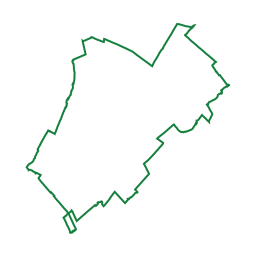 Mihalaseni, Botosani, Romania (Equal Earth projection), rotated 85°
{"feature_id": "2599482B30882633925542", "entity_name": "Mihalaseni", "entity_type": "district", "adm_level": 2, "iso_a3": "ROU", "parent_name": "Romania", "parent_adm1": "Botosani", "projection": "equal_earth", "projection_center": [27.092, 47.89], "detail": "fine", "context": "isolated", "style": "outline", "palette": "green", "viewbox_px": 256, "rotation_deg": 85, "n_neighbors": 0, "source": "geoboundaries", "source_scale": "gbopen_adm2", "svg_char_len": 5631}
<svg xmlns="http://www.w3.org/2000/svg" viewBox="0 0 256 256"><g transform="rotate(85 128 128)"><path d="M227.0,194.9L227.2,194.3L227.4,194.1L227.3,193.8L227.4,193.4L227.2,193.0L227.2,192.8L226.7,192.5L226.7,192.4L226.3,192.5L226.1,192.3L226.0,192.0L225.8,191.8L226.1,191.4L225.5,190.8L225.5,190.7L225.7,190.8L225.8,190.4L225.1,190.1L225.2,189.8L225.2,189.6L225.0,189.4L224.8,189.0L224.4,188.6L220.4,190.2L207.9,194.7L207.2,193.7L206.5,192.5L206.1,192.1L205.2,191.5L206.0,190.8L216.2,187.2L207.2,175.0L202.8,168.7L201.9,167.5L202.8,166.8L201.0,164.6L200.7,164.5L199.9,164.9L199.7,164.8L199.3,164.2L199.3,163.9L199.5,162.7L199.5,162.3L198.9,161.4L198.8,161.1L198.8,160.7L199.2,160.3L200.2,160.1L200.7,160.2L201.5,160.5L202.7,159.9L203.8,159.1L203.5,158.7L199.9,155.1L197.3,152.7L195.8,151.6L192.6,148.8L190.4,146.8L202.5,137.5L201.3,136.2L200.5,135.3L199.6,134.4L199.2,134.3L198.5,134.4L198.4,134.0L198.7,133.6L198.9,133.5L198.9,133.2L197.3,131.7L197.2,131.2L197.3,131.0L197.2,130.6L195.4,128.5L194.7,127.7L193.5,126.6L193.3,125.4L193.2,124.9L193.2,124.6L193.0,124.2L192.7,124.2L192.4,124.3L189.9,126.3L175.5,111.0L166.7,114.5L165.1,115.3L163.4,113.1L162.6,111.8L161.5,110.4L160.0,108.7L156.0,104.2L153.6,101.8L152.1,100.1L150.8,98.8L146.7,94.5L145.9,94.3L141.1,99.9L140.1,98.7L137.5,94.8L136.0,92.4L128.7,82.5L128.5,82.0L128.6,81.7L129.9,81.2L131.1,80.3L132.4,79.2L133.2,78.9L133.8,78.5L134.9,77.7L136.0,76.3L136.7,75.6L136.8,75.2L136.7,74.2L137.1,73.1L136.7,72.5L136.6,72.2L136.7,71.9L136.9,71.3L136.9,71.0L136.4,70.1L136.5,69.8L136.5,69.6L136.5,69.2L136.2,68.8L136.0,67.4L135.8,67.0L135.4,66.4L135.4,65.6L134.7,64.2L134.1,63.5L133.1,62.8L131.1,61.2L130.6,60.8L129.2,60.0L129.8,59.5L129.2,59.2L128.3,58.9L126.6,59.0L126.6,58.5L126.2,57.4L126.1,57.2L121.5,53.2L124.0,51.1L124.5,50.7L124.8,50.3L125.0,49.9L125.9,49.5L129.0,46.8L128.4,46.8L127.6,46.5L124.2,44.3L121.8,42.8L121.6,42.8L120.0,43.3L118.4,44.1L116.0,45.2L115.1,45.4L114.7,45.7L113.9,46.0L112.9,46.7L111.5,47.4L110.8,46.2L111.0,46.0L110.1,45.6L109.5,45.2L109.2,44.8L109.0,44.4L108.9,43.5L108.1,41.9L107.8,41.3L107.4,39.7L107.2,39.3L106.5,38.3L106.2,37.6L105.7,37.0L104.7,36.2L103.9,35.8L103.1,35.7L102.9,35.6L102.5,35.1L101.8,33.4L101.3,32.7L101.9,32.2L102.0,32.0L102.0,31.8L101.9,31.7L101.1,31.4L100.0,31.3L99.5,31.2L99.2,31.6L98.6,31.9L97.2,29.7L96.8,29.3L96.3,28.7L95.9,27.6L95.7,27.4L95.4,26.9L95.4,26.5L95.5,25.7L95.1,25.1L94.9,24.6L94.5,23.9L94.4,23.7L94.1,23.6L93.6,24.2L93.5,24.6L93.5,24.8L93.9,25.2L93.9,25.4L88.7,28.5L83.3,31.9L83.5,32.7L81.1,34.1L80.1,34.6L79.8,34.8L80.0,35.0L79.3,35.6L78.9,35.8L78.4,35.9L77.2,36.4L76.6,36.8L73.5,38.5L73.1,38.6L72.5,38.2L71.9,37.3L71.5,36.7L70.4,36.1L70.3,35.9L70.3,35.2L70.2,35.0L69.9,34.6L68.2,36.4L67.2,37.2L63.6,40.8L62.9,41.4L60.2,44.3L59.8,44.6L57.3,46.9L53.1,51.2L51.6,52.5L48.5,55.6L47.1,57.1L43.6,60.1L40.5,63.1L40.1,62.8L39.6,61.9L38.9,61.0L36.9,59.3L36.1,58.5L34.6,56.8L34.3,56.0L32.9,54.4L32.3,53.7L31.6,53.1L31.7,53.7L32.5,55.0L33.4,55.5L33.6,55.8L33.7,56.1L33.5,56.4L33.2,56.6L32.8,56.8L32.6,57.4L32.6,58.0L32.1,59.4L31.6,61.6L30.6,64.0L30.3,64.9L29.3,67.3L28.6,69.9L34.5,74.2L39.2,77.4L39.2,77.5L40.0,78.1L46.4,82.8L48.0,83.9L48.7,84.5L50.8,85.9L52.1,86.5L52.4,86.8L52.8,87.7L53.6,88.2L54.5,89.0L54.9,89.2L55.4,89.8L57.7,91.2L60.7,93.3L64.0,95.8L65.7,96.9L68.5,98.5L67.2,100.1L65.7,101.7L60.7,107.5L57.9,110.6L56.7,112.1L54.3,114.6L51.9,117.4L50.6,119.7L48.0,124.0L46.6,126.6L46.1,127.4L45.2,129.0L44.2,130.6L41.3,136.3L39.8,138.9L39.1,140.4L37.9,142.4L37.2,144.0L40.2,144.6L39.6,146.2L38.6,148.1L37.3,150.9L36.4,152.6L35.3,154.4L34.7,155.4L34.3,156.6L34.9,156.8L35.3,158.0L36.2,160.8L37.7,165.1L37.2,165.6L37.9,165.6L51.0,163.8L55.2,176.7L56.1,176.7L56.2,177.3L56.3,177.5L57.1,177.6L58.0,177.4L59.1,177.0L59.4,176.6L66.3,176.7L67.9,176.3L70.6,176.7L72.8,176.9L75.5,177.3L76.1,177.5L77.1,177.8L77.4,178.0L79.4,178.4L79.5,179.0L79.3,179.2L79.9,179.5L81.3,179.3L81.8,179.2L83.5,179.5L84.5,180.0L84.9,180.3L85.8,180.8L86.1,181.2L86.6,181.4L87.6,181.5L88.5,181.9L90.1,182.2L90.5,182.8L90.9,183.2L91.4,183.4L92.8,184.4L94.0,184.9L93.5,185.5L94.2,185.8L95.0,186.6L95.4,186.7L96.0,186.7L97.1,187.2L98.1,187.0L98.3,186.7L99.4,187.2L99.9,187.0L100.4,187.1L100.7,187.3L100.8,187.5L101.7,187.9L102.4,188.4L102.2,188.6L107.3,191.3L113.2,194.1L114.7,195.0L114.8,195.2L116.8,196.1L117.7,196.6L118.2,196.8L118.8,197.2L119.9,197.8L121.3,198.4L121.8,198.6L123.3,199.4L124.8,200.0L127.3,201.5L127.2,201.7L127.4,201.7L127.0,202.3L124.0,206.7L124.3,206.8L123.6,207.8L123.9,208.0L124.8,208.6L126.1,209.5L126.8,210.1L127.8,210.9L128.3,211.2L129.2,211.8L136.7,216.9L136.9,216.8L138.0,217.6L138.7,218.1L139.1,218.5L141.0,219.4L141.2,219.8L141.6,219.9L141.9,219.9L142.8,219.4L143.2,219.5L144.9,221.0L146.7,221.8L148.6,223.2L149.6,223.2L150.0,223.4L150.4,224.0L150.9,224.5L152.1,224.9L153.4,226.0L153.8,226.5L155.0,228.9L155.2,229.5L156.5,230.9L158.2,232.4L159.8,231.5L160.6,230.6L161.1,230.6L160.9,230.3L161.0,230.0L161.8,227.7L162.3,226.8L162.8,226.7L163.0,226.4L163.8,225.0L164.8,224.2L164.5,224.1L164.9,223.7L165.0,223.5L164.7,223.2L165.5,221.7L166.1,220.9L167.1,219.1L167.3,219.1L170.1,221.5L170.4,221.5L170.5,221.4L173.7,219.4L174.6,218.7L175.4,218.2L176.5,217.3L178.8,215.8L180.3,214.5L181.0,214.2L181.7,213.6L185.2,211.1L186.0,210.2L185.6,210.0L186.1,209.6L189.1,207.3L189.5,207.8L191.4,206.5L191.7,206.4L194.2,204.6L194.6,204.3L196.1,203.1L202.5,198.6L204.7,196.9L205.8,196.0L206.2,195.7L206.9,195.4L207.8,195.1L208.0,195.5L208.9,196.4L210.0,197.2L210.2,198.0L211.3,199.3L211.6,200.0L215.8,198.3L217.6,197.7L219.4,197.2L220.8,196.5L225.2,194.9L226.7,194.8L227.0,194.9Z" fill="none" stroke="#15803d" stroke-width="2"/></g></svg>